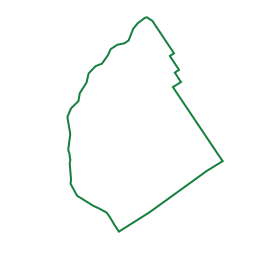 Columbia, Oregon, United States of America, rotated 236°
{"feature_id": "52423323B32513162677446", "entity_name": "Columbia", "entity_type": "district", "adm_level": 2, "iso_a3": "USA", "parent_name": "United States of America", "parent_adm1": "Oregon", "projection": "natural_earth1", "projection_center": [-123.003, 45.955], "detail": "fine", "context": "isolated", "style": "outline", "palette": "green", "viewbox_px": 256, "rotation_deg": 236, "n_neighbors": 0, "source": "geoboundaries", "source_scale": "gbopen_adm2", "svg_char_len": 733}
<svg xmlns="http://www.w3.org/2000/svg" viewBox="0 0 256 256"><g transform="rotate(236 128 128)"><path d="M164.2,207.9L203.2,208.1L209.3,205.5L209.9,203.5L209.6,198.0L209.5,195.0L207.3,187.7L200.3,177.6L200.2,172.4L202.9,165.9L203.0,163.7L203.1,157.8L199.6,152.1L195.9,142.4L197.4,135.7L195.3,125.9L188.9,119.1L183.9,107.6L178.0,101.9L176.5,93.5L176.2,91.9L171.0,83.9L155.2,76.7L144.0,66.8L142.6,66.0L139.2,65.0L136.0,63.2L134.0,62.5L131.4,60.0L116.9,51.8L113.9,49.2L100.3,47.9L87.8,53.5L82.9,55.7L77.5,59.0L69.7,63.0L64.1,63.1L55.6,62.6L47.2,62.5L46.1,99.0L48.0,158.4L48.4,168.5L47.6,188.0L53.3,187.9L136.8,188.1L136.5,197.6L147.7,197.8L147.7,202.8L164.3,203.0L164.2,207.9Z" fill="none" stroke="#15803d" stroke-width="2"/></g></svg>